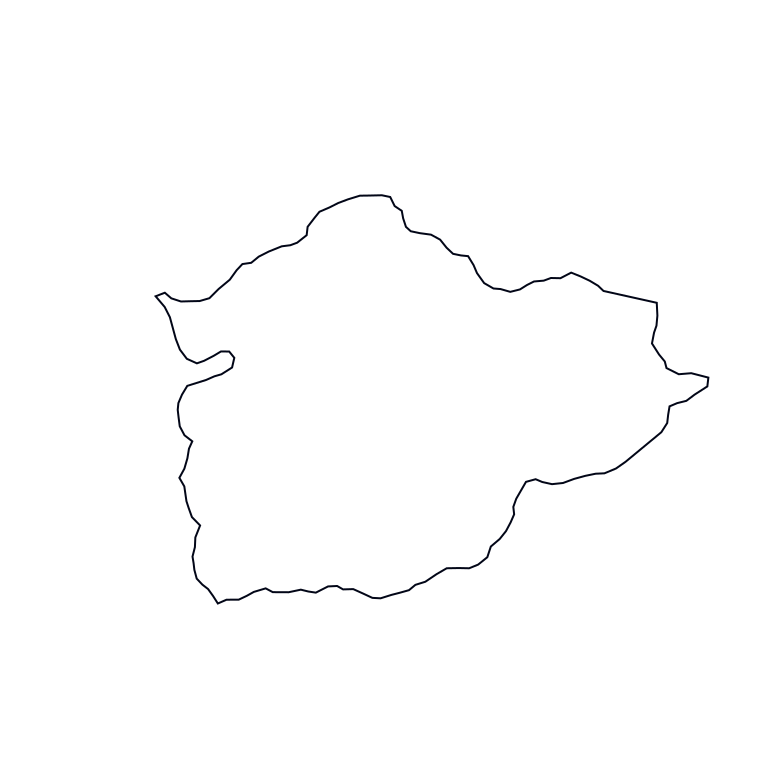 Santa Rosa de Viterbo, São Paulo, Brazil (Albers equal-area conic projection), rotated 233°
{"feature_id": "56859067B40365394318179", "entity_name": "Santa Rosa de Viterbo", "entity_type": "district", "adm_level": 2, "iso_a3": "BRA", "parent_name": "Brazil", "parent_adm1": "São Paulo", "projection": "albers", "projection_center": [-47.361, -21.505], "detail": "fine", "context": "isolated", "style": "outline", "palette": "ink", "viewbox_px": 768, "rotation_deg": 233, "n_neighbors": 0, "source": "geoboundaries", "source_scale": "gbopen_adm2", "svg_char_len": 2146}
<svg xmlns="http://www.w3.org/2000/svg" viewBox="0 0 768 768"><g transform="rotate(233 384 384)"><path d="M326.1,120.1L317.5,119.9L308.7,119.2L306.5,128.4L299.2,138.2L297.4,146.9L296.3,154.9L292.0,166.5L284.7,169.9L275.1,182.5L269.8,193.8L263.8,198.7L258.4,204.0L256.0,217.5L250.9,225.0L244.6,227.7L238.7,236.0L229.4,241.1L220.2,246.0L214.9,252.3L211.1,263.0L207.9,270.7L204.3,279.9L204.7,288.2L201.2,298.0L200.5,311.5L199.1,323.2L191.9,333.1L185.6,341.1L183.1,350.5L183.5,362.3L189.9,371.5L190.6,383.2L193.1,392.9L197.3,401.9L201.6,409.5L208.0,413.3L212.8,420.6L220.4,438.5L216.7,447.8L210.5,451.4L202.9,457.9L197.2,467.4L193.8,478.7L189.5,489.5L185.0,499.0L180.0,506.3L176.9,518.4L176.5,530.1L178.6,576.5L182.4,586.7L188.5,592.5L194.3,598.6L192.3,606.6L188.6,615.3L188.6,625.6L187.5,640.8L193.9,646.9L207.7,635.9L214.4,625.3L226.7,619.2L233.0,621.8L242.0,621.4L255.1,622.4L262.5,630.6L266.6,636.7L274.1,643.5L284.7,650.7L326.2,615.3L333.6,614.1L342.7,610.4L351.5,605.8L360.3,600.5L362.3,588.6L368.2,581.1L370.4,573.8L375.6,565.5L377.0,557.8L377.7,549.5L381.6,540.3L389.7,534.2L394.4,528.9L404.3,524.7L416.6,525.0L425.1,527.1L435.5,528.1L440.4,522.8L446.4,517.5L455.2,516.0L465.5,515.7L475.0,511.4L482.9,503.4L489.9,497.3L496.3,496.1L504.8,499.0L511.6,502.4L519.7,499.6L529.6,501.5L536.0,495.9L543.7,485.2L548.9,478.1L553.2,466.2L556.1,456.3L557.8,446.8L560.4,436.1L558.6,428.9L555.5,417.6L549.4,411.8L549.1,399.7L551.2,392.7L555.5,385.2L559.1,371.8L561.1,360.6L560.7,350.9L565.0,343.1L563.6,334.9L560.1,323.6L559.4,309.1L557.6,296.2L561.2,286.7L566.4,279.5L572.1,271.5L580.4,265.7L588.8,263.9L591.5,254.4L577.5,255.2L566.2,253.2L545.2,244.8L534.3,241.7L522.8,241.7L513.1,247.0L510.8,254.3L509.0,264.9L508.1,273.4L503.1,279.9L495.0,280.2L488.6,272.6L489.6,260.0L492.2,253.2L494.3,244.3L500.9,225.8L497.1,216.3L492.5,208.3L487.5,203.7L481.2,200.0L473.1,195.4L463.1,193.8L453.6,196.4L449.7,189.3L443.0,182.3L436.5,173.6L432.2,164.1L422.4,162.9L409.3,155.7L402.6,153.4L393.3,150.5L381.7,152.0L375.0,141.0L367.5,134.8L361.4,127.2L355.5,124.1L349.7,120.7L341.3,117.3L333.1,118.2L326.1,120.1Z" fill="none" stroke="#020617" stroke-width="2"/></g></svg>